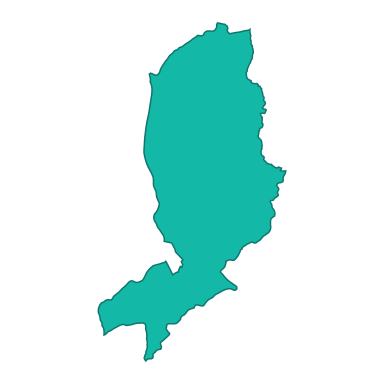 the district of Webuye East, Western, Kenya
{"feature_id": "3690345B7526977746919", "entity_name": "Webuye East", "entity_type": "district", "adm_level": 2, "iso_a3": "KEN", "parent_name": "Kenya", "parent_adm1": "Western", "projection": "albers", "projection_center": [34.784, 0.653], "detail": "fine", "context": "isolated", "style": "filled", "palette": "teal", "viewbox_px": 384, "rotation_deg": 0, "n_neighbors": 0, "source": "geoboundaries", "source_scale": "gbopen_adm2", "svg_char_len": 6004}
<svg xmlns="http://www.w3.org/2000/svg" viewBox="0 0 384 384"><path d="M150.1,81.6L151.1,83.9L151.8,86.8L152.0,88.6L152.0,90.9L151.7,94.9L150.7,100.8L149.4,109.6L148.6,114.1L146.8,122.7L145.9,128.4L144.8,137.4L144.5,141.5L144.3,145.2L144.0,149.7L144.0,152.5L144.4,155.2L145.2,158.6L146.4,162.8L148.1,166.9L149.1,168.6L149.9,170.3L151.3,172.8L151.9,174.1L153.1,177.0L153.3,178.3L153.5,181.2L153.4,183.6L153.6,185.8L154.7,188.6L156.1,191.6L156.6,196.7L157.1,198.3L158.8,202.0L159.3,203.4L159.2,205.0L158.6,207.0L157.7,209.4L156.6,211.7L154.5,214.1L154.0,215.7L153.8,216.9L153.8,218.1L154.1,219.7L155.0,221.7L156.2,223.3L157.3,226.3L157.8,227.3L158.8,228.8L159.7,229.9L163.6,235.9L164.2,237.8L164.3,239.7L164.2,241.3L166.3,241.8L171.7,243.0L174.9,249.1L175.2,250.3L175.5,251.9L182.9,259.7L181.3,261.6L182.1,263.4L182.8,264.5L182.3,265.5L181.9,267.4L180.3,266.5L178.6,270.3L178.5,272.1L176.8,272.2L172.7,274.8L167.9,265.1L165.8,261.3L164.6,262.3L159.4,264.0L153.5,265.6L152.2,266.5L149.3,269.2L147.3,271.7L146.3,273.3L144.3,277.6L142.4,280.5L139.2,281.9L137.4,282.5L135.7,282.3L134.3,281.8L132.7,280.9L131.1,280.9L129.8,281.4L128.5,282.4L127.5,283.7L126.0,285.3L124.4,286.9L122.9,288.0L121.3,289.6L119.3,291.8L115.5,294.9L114.4,295.6L113.3,296.9L112.5,298.6L111.2,299.9L109.8,300.0L108.6,299.7L106.8,299.9L105.3,300.6L104.4,301.5L103.1,302.3L101.7,302.7L100.8,303.7L99.8,305.0L99.2,306.7L98.6,307.9L98.3,310.8L98.3,312.3L99.6,315.6L100.0,317.1L100.3,320.1L101.2,321.4L102.0,323.1L102.0,324.4L102.1,325.9L103.1,327.1L103.7,328.7L104.1,331.3L104.1,333.3L104.0,335.0L105.2,334.5L106.5,333.4L107.7,332.2L108.6,331.4L109.9,331.1L114.4,328.2L117.3,326.7L120.2,325.1L121.4,324.9L122.5,324.5L124.2,324.5L125.8,325.4L127.7,325.3L130.4,324.9L133.1,324.2L135.4,323.5L136.7,323.3L141.1,323.0L143.0,323.0L145.2,323.9L145.8,326.3L145.7,328.0L145.8,329.7L146.6,332.3L146.7,333.6L146.9,336.2L146.6,339.2L147.0,340.4L147.2,341.9L147.3,343.8L147.0,345.0L147.2,346.5L147.2,348.5L146.0,351.2L145.9,353.2L145.4,354.5L144.8,355.7L144.2,358.2L144.9,359.7L145.8,361.0L146.9,359.7L148.3,358.8L151.3,358.8L152.6,358.2L153.1,357.0L153.0,355.6L153.0,354.2L154.1,353.0L155.4,352.0L156.2,351.0L157.3,349.9L159.1,349.5L160.4,349.3L161.2,348.5L161.4,346.9L160.4,343.5L160.8,342.3L162.8,340.7L167.8,336.2L169.4,334.6L169.6,333.3L168.2,332.0L166.0,328.7L166.6,326.8L166.6,325.2L167.7,324.1L169.1,323.6L171.2,323.8L173.3,323.8L175.0,323.7L176.2,323.4L177.5,322.6L179.9,320.2L180.6,319.2L180.8,317.5L181.6,316.3L184.4,314.7L185.6,313.5L186.6,312.1L187.3,311.0L188.6,309.9L189.7,309.3L191.3,308.7L192.7,308.4L194.1,307.8L194.7,306.3L195.5,305.1L197.3,304.9L201.0,305.8L202.2,306.0L203.6,305.6L204.9,303.9L205.5,302.9L206.7,301.5L208.1,300.1L209.9,298.8L211.4,298.2L212.7,297.4L214.9,295.1L215.9,294.3L218.1,293.3L221.2,291.5L222.9,290.6L224.7,289.8L226.6,289.1L228.4,288.8L229.8,288.7L231.2,288.9L233.4,290.0L235.1,290.3L236.5,289.4L236.9,288.1L236.6,286.6L235.0,285.4L231.4,282.9L229.4,281.5L226.7,279.2L225.1,277.5L222.4,274.1L221.2,273.0L220.3,271.7L221.2,270.4L222.4,269.2L223.7,268.1L224.8,266.7L226.0,262.9L225.7,261.5L227.7,260.5L229.3,259.9L230.7,259.9L232.4,260.3L234.2,260.2L235.6,258.9L236.9,257.3L237.9,255.9L239.6,252.8L240.6,249.9L242.0,249.0L242.4,247.5L243.6,246.4L244.8,245.8L247.0,244.2L249.1,243.3L250.5,242.4L251.6,242.1L253.0,242.4L254.6,243.1L256.1,242.8L257.8,241.4L259.7,240.3L261.0,239.0L262.0,237.8L262.9,236.6L263.8,235.8L265.1,235.1L266.1,234.3L268.4,232.8L269.3,231.7L270.1,230.3L270.5,228.8L270.8,227.1L270.5,225.0L270.5,222.5L270.5,220.7L270.8,219.4L271.7,218.0L274.6,216.0L274.9,213.8L274.8,212.3L274.2,210.5L273.5,209.3L272.1,207.5L271.7,204.2L270.1,201.9L270.7,200.6L272.5,200.4L273.6,199.9L274.2,198.5L277.5,196.3L278.3,195.2L277.7,193.4L277.4,191.9L278.4,190.3L278.8,189.2L278.4,187.9L277.1,186.4L276.7,185.0L277.6,183.6L279.0,182.8L280.9,182.6L282.7,181.8L283.3,180.1L282.9,178.2L283.8,175.9L284.9,174.1L285.5,172.6L285.7,170.8L282.0,171.2L280.3,170.5L281.1,169.5L281.5,168.1L279.8,167.7L278.6,167.0L277.6,167.9L276.0,167.8L274.6,167.3L273.5,166.2L272.1,165.5L271.7,164.4L270.3,164.4L268.8,164.0L267.0,163.2L265.7,161.7L264.4,160.5L263.5,159.3L264.3,157.5L263.4,156.3L262.0,155.6L261.2,154.0L261.0,152.7L261.0,151.4L261.4,150.0L262.0,148.7L261.7,147.4L262.1,146.2L261.7,142.4L261.5,141.1L260.6,139.5L258.9,138.1L258.1,136.4L258.8,133.1L258.7,131.7L259.5,130.7L259.5,129.4L260.3,128.3L261.9,127.5L262.6,126.4L262.9,125.2L262.8,123.7L261.7,122.9L262.1,120.9L262.2,118.7L262.2,117.1L261.0,115.8L260.4,113.7L262.3,113.0L264.2,113.5L265.2,112.7L265.7,111.1L266.2,110.0L265.4,109.2L263.9,109.1L262.6,108.1L263.0,106.9L263.8,105.9L264.7,104.9L265.4,103.6L265.0,101.8L263.8,100.7L263.6,99.4L264.1,98.1L263.8,96.9L263.0,96.0L262.6,93.3L262.2,92.0L261.5,90.4L261.6,88.6L260.3,87.5L259.8,86.1L258.2,86.2L258.1,84.6L256.9,83.5L255.0,83.7L253.6,83.5L252.1,83.1L251.1,82.1L251.2,80.9L250.1,80.2L248.6,79.7L247.4,78.5L246.7,77.0L246.3,75.5L246.5,74.2L246.0,73.1L247.1,71.2L247.3,69.3L247.7,68.0L249.4,64.1L250.5,62.6L250.7,60.9L251.7,59.5L252.3,58.0L252.5,54.4L253.3,52.9L253.0,49.2L252.4,47.8L252.3,45.8L251.1,44.2L251.1,42.4L251.0,40.6L250.4,39.1L250.5,37.1L250.8,35.5L250.4,34.3L250.0,32.3L249.8,30.6L250.0,29.4L248.6,30.2L244.8,30.8L239.1,32.1L236.0,32.5L229.8,33.7L228.4,32.7L227.5,31.4L227.1,30.2L227.7,29.1L227.7,27.8L227.2,26.2L224.8,24.3L223.3,24.1L218.9,23.1L217.4,23.0L216.8,24.3L216.6,27.3L216.0,28.6L215.2,29.7L213.9,30.9L212.1,31.2L209.4,31.0L207.7,31.0L205.9,31.5L204.4,32.9L203.5,34.7L202.6,35.6L200.9,35.9L199.5,35.6L197.6,35.4L195.9,37.0L193.5,38.4L190.9,40.5L189.7,41.4L185.0,44.4L183.2,45.9L181.8,46.9L180.5,47.2L179.1,47.8L178.2,48.9L177.0,49.9L175.6,50.2L174.0,51.2L173.0,52.8L171.5,54.1L170.1,55.1L168.9,56.6L167.2,59.4L166.2,60.3L165.2,61.6L164.5,62.8L162.9,65.0L162.4,66.1L161.2,68.0L160.4,69.6L160.0,71.4L159.0,73.3L157.7,74.9L156.0,75.2L154.8,74.9L153.5,74.5L152.2,73.7L150.5,73.2L149.4,73.9L149.6,75.4L150.1,77.2L150.5,79.8L150.1,81.6Z" fill="#14b8a6" stroke="#0f766e" stroke-width="1.5"/></svg>